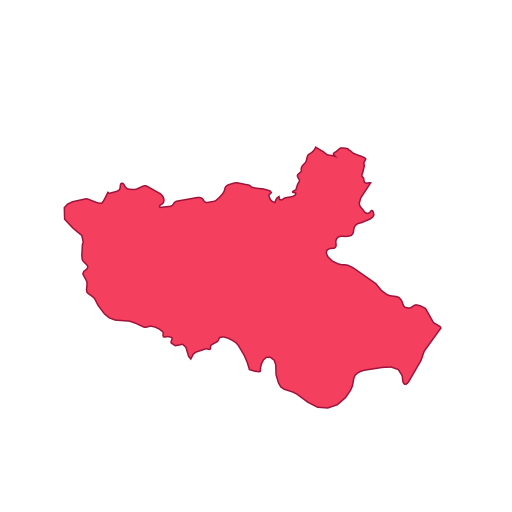 the Province of Ubon Ratchathani, rotated 106°
{"feature_id": "THA-426", "entity_name": "Ubon Ratchathani", "entity_type": "Province", "adm_level": 1, "iso_a3": "THA", "parent_name": "Thailand", "parent_adm1": "", "projection": "orthographic", "projection_center": [104.943, 15.155], "detail": "fine", "context": "isolated", "style": "filled", "palette": "rose", "viewbox_px": 512, "rotation_deg": 106, "n_neighbors": 0, "source": "natural_earth", "source_scale": "10m", "svg_char_len": 4908}
<svg xmlns="http://www.w3.org/2000/svg" viewBox="0 0 512 512"><g transform="rotate(106 256 256)"><path d="M262.4,453.6L258.0,451.4L254.4,447.3L247.9,435.3L247.6,433.5L248.5,424.0L248.5,421.1L247.5,418.6L243.7,417.4L235.6,415.9L236.2,414.2L232.0,407.3L230.0,405.6L229.2,405.4L228.3,405.4L226.7,405.6L225.7,405.9L225.0,405.9L223.7,405.8L223.2,405.3L222.9,404.6L222.9,404.0L223.1,403.4L223.4,403.0L225.5,400.8L225.9,400.2L226.7,398.9L226.8,397.7L226.7,396.0L226.0,392.7L225.4,390.8L224.9,389.6L224.5,389.0L224.0,388.6L219.8,383.6L219.1,382.1L218.8,380.9L222.4,365.6L223.0,364.2L223.3,363.6L224.5,361.9L225.0,361.5L225.5,361.0L227.4,360.0L228.1,359.8L228.9,359.7L229.8,359.7L230.6,359.9L231.2,360.2L231.8,360.5L233.3,361.9L234.0,362.3L234.6,362.4L235.4,362.2L235.6,361.7L235.5,361.0L232.0,352.4L231.6,351.7L231.2,351.1L230.7,350.6L230.2,350.2L229.5,349.9L227.9,349.5L227.3,349.2L226.7,348.8L226.1,348.4L225.6,347.9L225.2,347.4L215.8,328.2L215.4,326.7L215.2,325.4L215.3,324.6L215.5,323.8L215.8,323.1L216.2,322.5L217.3,321.5L217.8,320.7L218.3,319.3L218.2,318.3L218.0,317.6L214.9,311.2L214.5,310.6L213.5,309.7L210.0,307.5L205.3,305.2L203.8,304.8L202.2,304.4L198.9,304.5L198.1,304.3L197.4,304.0L196.8,303.7L196.3,303.3L195.3,302.4L191.9,297.2L190.8,294.5L190.3,288.5L190.3,287.5L189.8,282.6L189.9,281.8L190.1,281.1L191.0,279.1L191.0,277.5L190.9,275.4L189.5,267.4L189.5,261.3L189.6,260.5L189.8,260.0L190.9,258.7L193.9,260.5L196.2,259.1L198.0,257.5L199.1,255.4L199.4,252.5L196.7,252.4L194.4,251.8L192.5,250.3L195.3,248.9L195.1,246.9L194.3,246.0L193.4,245.5L192.5,244.6L190.7,241.4L191.0,241.7L188.6,237.0L186.8,235.2L185.9,235.0L184.7,235.0L184.5,235.5L184.4,235.8L184.4,236.0L184.7,237.7L184.6,238.3L184.2,238.5L183.5,238.2L181.5,236.0L181.4,235.9L181.1,235.9L176.0,235.8L174.3,235.5L172.8,235.0L172.0,235.0L171.3,235.1L170.8,235.4L170.4,235.7L170.2,235.9L169.8,236.5L168.4,237.8L167.8,238.2L167.1,238.4L166.4,238.3L165.7,238.0L163.4,236.5L162.5,236.0L162.4,236.0L162.0,235.9L161.6,235.9L159.8,236.6L159.0,236.7L158.2,236.6L156.6,236.3L155.8,236.0L152.7,234.3L152.0,234.1L151.5,234.0L150.2,233.9L146.7,234.1L145.1,233.9L144.4,233.7L143.8,233.3L141.2,231.0L138.7,229.6L138.0,229.3L136.6,228.9L134.9,228.6L136.8,221.8L137.1,220.1L138.5,217.1L139.1,215.0L138.4,210.3L138.5,207.2L137.2,209.3L136.1,209.8L135.0,209.1L133.6,207.8L129.5,205.1L128.7,204.2L127.8,200.2L127.6,197.3L128.6,195.7L128.7,194.5L130.3,191.2L130.9,187.0L131.2,181.4L131.6,179.0L132.1,177.5L132.8,177.3L133.5,177.3L135.7,177.9L136.4,178.0L137.1,177.9L138.9,176.9L139.7,176.7L146.5,176.4L147.3,176.4L148.2,176.6L149.0,176.5L150.0,176.2L150.9,174.9L151.8,173.8L154.1,172.9L155.1,172.1L155.5,171.2L155.6,170.5L155.6,170.0L155.4,169.5L154.6,167.9L154.1,166.0L171.2,171.3L176.9,171.3L179.3,169.9L180.9,167.8L182.2,165.8L184.0,163.6L184.4,161.4L184.1,159.9L182.9,158.7L180.4,157.6L180.3,156.6L181.3,155.5L184.1,154.0L186.5,154.6L189.0,156.5L194.7,163.6L197.0,167.3L199.3,168.9L201.7,169.5L206.4,169.0L208.3,169.2L210.1,170.3L211.3,172.2L212.6,175.5L213.5,179.7L215.1,182.1L217.0,183.3L219.7,183.4L224.1,181.8L225.7,182.1L227.0,183.0L228.2,186.5L229.3,188.1L231.5,189.6L234.2,189.0L237.1,186.5L239.8,181.3L240.9,175.2L240.8,171.3L239.9,168.0L239.6,165.0L240.5,159.7L249.5,133.3L254.6,125.9L257.0,119.5L257.2,115.8L256.2,109.4L256.6,106.9L257.9,104.8L259.4,103.2L262.1,101.3L263.4,100.1L264.3,98.6L263.9,94.8L263.4,93.5L262.7,92.7L261.6,91.7L260.7,91.1L259.8,90.2L259.1,89.2L258.7,87.7L258.6,84.2L259.7,78.6L271.1,67.1L273.1,59.6L274.3,58.4L300.6,67.9L302.6,68.2L310.9,68.6L334.4,74.5L336.4,75.3L337.9,76.4L338.1,77.4L338.3,78.0L337.1,79.6L334.9,80.8L330.7,82.5L325.9,88.0L325.5,95.4L328.0,103.2L336.0,120.5L338.2,123.8L340.8,126.4L343.2,127.8L346.2,128.3L354.4,127.5L358.9,128.1L367.6,131.0L376.6,136.9L382.3,145.1L384.4,155.1L382.3,165.8L377.4,178.9L376.6,183.5L376.3,192.3L375.0,196.1L372.6,198.6L371.8,199.4L364.6,204.0L355.2,207.0L351.2,209.7L349.4,214.3L350.6,218.2L353.8,220.2L357.9,221.0L361.8,220.9L365.7,220.1L366.4,221.0L367.1,225.5L367.0,231.1L366.2,231.5L360.4,235.3L354.8,239.9L346.6,248.6L344.8,251.6L343.5,255.8L342.7,260.3L342.7,265.0L344.4,268.5L348.8,269.4L353.8,274.5L354.9,274.8L357.5,274.3L358.4,274.5L358.8,275.5L358.8,277.9L359.1,278.7L365.0,287.3L367.6,289.2L373.0,290.3L371.1,293.1L363.1,298.2L361.1,302.2L364.5,308.9L363.0,313.6L361.9,314.0L358.7,313.9L357.8,314.1L357.5,315.3L357.7,318.5L359.1,321.5L359.2,322.6L358.3,323.4L355.5,324.0L354.6,324.7L353.0,328.5L352.1,333.3L352.4,338.0L354.6,341.7L355.3,343.8L353.8,353.4L353.5,359.8L356.4,373.7L355.9,379.9L353.5,385.6L347.0,394.2L342.3,398.6L341.0,400.1L340.0,402.2L338.3,407.0L337.4,408.5L335.3,409.6L329.9,410.6L327.6,411.4L325.9,412.7L322.1,416.5L320.9,417.5L318.3,417.3L314.8,414.8L312.7,414.7L311.3,415.9L308.9,420.3L307.4,422.0L303.7,423.5L293.1,426.0L290.3,425.9L284.3,429.1L279.7,439.6L273.4,450.1L262.4,453.6Z" fill="#f43f5e" stroke="#9f1239" stroke-width="1.5"/></g></svg>